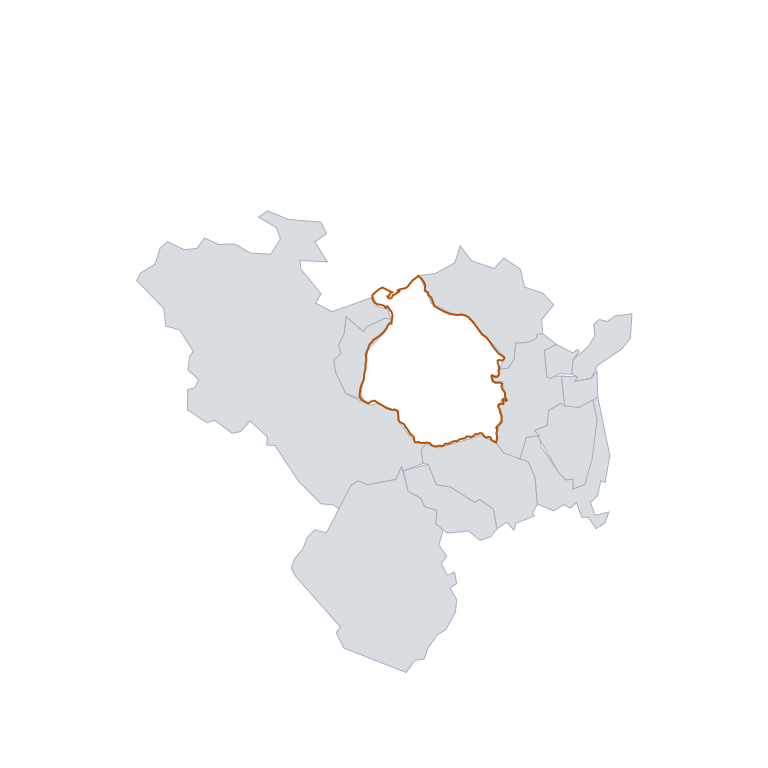 Romania highlighted among its neighbors, rotated 223°
{"feature_id": "ROU", "entity_name": "Romania", "entity_type": "country or territory", "adm_level": 0, "iso_a3": "ROU", "parent_name": "Europe", "parent_adm1": "", "projection": "orthographic", "projection_center": [24.529, 45.967], "detail": "fine", "context": "with_neighbors", "style": "outline", "palette": "amber", "viewbox_px": 768, "rotation_deg": 223, "n_neighbors": 12, "source": "natural_earth", "source_scale": "50m", "svg_char_len": 7906}
<svg xmlns="http://www.w3.org/2000/svg" viewBox="0 0 768 768"><g transform="rotate(223 384 384)"><path d="M558.8,419.5L569.5,425.0L589.5,420.4L587.2,431.2L565.9,439.3L540.5,459.3L528.5,454.8L531.5,440.8L508.6,434.7L529.7,417.2L523.2,411.3L491.6,407.1L489.3,396.5L471.3,401.6L451.1,440.4L441.6,436.1L432.3,441.2L423.0,436.3L428.0,433.0L436.0,413.4L434.3,408.3L457.4,407.3L447.2,393.3L443.6,381.4L436.2,377.1L437.0,367.3L427.9,360.0L405.4,350.9L380.1,358.8L375.4,365.6L354.6,373.1L345.5,366.0L321.2,362.5L312.8,368.5L311.6,360.7L301.1,352.6L310.7,333.7L314.8,335.5L310.2,322.4L327.6,298.7L336.8,295.5L338.9,287.4L330.0,262.2L338.6,261.1L348.4,253.4L380.3,254.6L421.6,264.7L428.1,259.4L433.2,265.8L456.7,265.6L456.6,251.1L461.5,244.4L483.2,241.9L487.0,235.0L510.2,231.1L523.6,245.9L519.9,252.2L522.6,260.9L537.0,260.5L545.2,272.0L545.6,277.7L570.1,284.3L583.2,277.6L596.7,289.1L635.6,291.0L637.6,299.3L633.2,315.6L640.4,330.4L639.3,340.4L621.6,346.0L613.3,355.6L614.9,368.4L600.0,373.3L588.7,384.6L570.7,388.8L555.3,401.8L558.8,419.5Z" fill="#d9dde1" stroke="#a8b0b8" stroke-width="1"/><path d="M330.2,195.2L330.8,207.8L335.4,218.8L335.2,230.2L324.6,236.0L338.9,287.4L336.8,295.5L327.6,298.7L310.2,322.4L314.8,335.5L293.1,322.0L279.4,325.6L270.7,322.2L259.3,327.7L250.5,316.9L242.5,320.3L234.2,303.7L220.6,300.8L219.7,291.7L207.5,287.3L204.0,294.5L194.7,287.5L196.7,279.8L183.5,275.8L176.1,265.6L171.3,246.5L174.0,236.8L171.8,221.0L167.0,210.1L172.9,203.1L171.1,188.1L233.3,163.5L249.4,169.6L250.1,176.6L317.7,183.1L326.3,186.3L330.2,195.2Z" fill="#d9dde1" stroke="#a8b0b8" stroke-width="1"/><path d="M301.1,352.6L311.6,360.7L312.8,368.5L300.7,374.2L278.0,412.6L261.8,417.3L249.4,415.3L225.7,425.6L209.7,418.7L190.0,400.8L187.2,390.7L184.0,390.1L192.4,372.2L189.3,365.6L200.1,366.6L202.7,355.0L218.6,367.0L235.1,364.8L237.1,359.1L265.6,353.8L276.8,345.8L296.9,355.4L301.1,352.6Z" fill="#d9dde1" stroke="#a8b0b8" stroke-width="1"/><path d="M388.3,358.6L405.4,350.9L427.9,360.0L437.0,367.3L436.2,377.1L443.6,381.4L447.2,393.3L457.4,407.3L434.3,408.3L436.0,413.4L428.0,433.0L423.0,436.3L418.8,423.3L419.2,398.3L394.2,361.2L388.3,358.6Z" fill="#d9dde1" stroke="#a8b0b8" stroke-width="1"/><path d="M309.2,473.9L315.0,485.9L369.7,490.0L380.0,482.4L404.2,475.1L432.1,487.4L421.8,499.9L414.9,520.9L422.5,537.0L403.9,533.8L382.2,543.5L382.2,557.9L362.5,560.9L347.2,550.8L329.8,558.7L313.8,557.6L312.6,538.5L302.1,529.0L305.7,525.0L303.5,521.5L307.3,512.4L315.5,503.6L305.6,490.9L304.0,480.3L309.2,473.9Z" fill="#d9dde1" stroke="#a8b0b8" stroke-width="1"/><path d="M271.3,570.5L270.6,578.0L263.3,581.9L261.5,591.2L250.6,604.5L235.1,585.6L234.0,571.8L240.5,543.6L236.3,529.5L246.3,515.9L247.4,521.4L253.2,519.2L262.3,530.4L260.1,550.6L262.6,563.1L271.3,570.5Z" fill="#d9dde1" stroke="#a8b0b8" stroke-width="1"/><path d="M190.0,400.8L209.7,418.7L225.7,425.6L233.6,421.8L243.5,442.0L235.0,452.3L226.2,445.3L195.2,438.2L185.7,437.9L180.7,443.5L174.2,436.1L168.7,447.5L203.5,502.9L221.3,515.3L218.6,520.1L170.1,485.8L155.1,462.7L159.5,461.1L151.6,447.9L152.4,438.2L140.0,432.0L132.3,443.6L127.6,433.2L130.2,422.9L143.9,425.7L148.2,421.4L162.2,428.4L163.0,420.3L170.3,418.2L173.5,406.8L190.0,400.8Z" fill="#d9dde1" stroke="#a8b0b8" stroke-width="1"/><path d="M310.7,333.7L296.9,355.4L276.8,345.8L265.6,353.8L237.1,359.1L235.1,364.8L218.6,367.0L202.7,355.0L201.8,344.9L207.0,335.3L222.1,334.1L236.0,318.1L250.5,316.9L259.3,327.7L270.7,322.2L279.4,325.6L293.1,322.0L310.7,333.7Z" fill="#d9dde1" stroke="#a8b0b8" stroke-width="1"/><path d="M221.3,515.3L203.5,502.9L180.8,471.4L168.7,447.5L174.2,436.1L180.7,443.5L185.7,437.9L195.2,438.2L242.4,452.7L236.4,465.1L245.7,476.8L241.8,490.2L225.5,499.7L221.3,515.3Z" fill="#d9dde1" stroke="#a8b0b8" stroke-width="1"/><path d="M233.6,421.8L249.4,415.3L261.8,417.3L272.0,429.2L273.9,438.5L286.0,445.8L287.1,457.8L298.8,466.5L305.5,460.3L310.5,464.0L305.6,468.7L309.2,473.9L304.0,480.3L305.6,490.9L315.5,503.6L307.3,512.4L303.5,521.5L305.7,525.0L302.1,529.0L284.8,530.6L289.5,518.1L269.9,500.3L257.5,513.0L259.4,510.6L236.8,491.2L241.8,490.2L245.7,476.8L236.4,465.1L242.4,452.7L235.0,452.3L243.5,442.0L233.6,421.8Z" fill="#d9dde1" stroke="#a8b0b8" stroke-width="1"/><path d="M259.4,510.6L247.4,521.4L246.3,515.9L236.3,529.5L237.1,538.8L218.6,520.1L225.5,499.7L236.8,491.2L259.4,510.6Z" fill="#d9dde1" stroke="#a8b0b8" stroke-width="1"/><path d="M263.3,540.9L262.3,530.4L253.2,519.2L262.7,511.2L266.0,501.7L269.9,500.3L289.5,518.1L284.8,530.6L267.2,535.4L266.0,541.3L263.3,540.9Z" fill="#d9dde1" stroke="#a8b0b8" stroke-width="1"/><path d="M422.7,437.5L424.9,440.3L427.7,441.8L434.1,443.2L434.6,442.9L434.7,442.6L434.2,442.2L434.1,441.6L434.4,440.9L435.3,440.9L436.7,441.4L439.4,440.4L443.2,437.8L446.8,437.0L450.2,438.3L452.0,439.8L453.2,441.3L453.0,443.2L452.9,444.4L452.3,449.5L451.8,451.3L450.9,453.5L440.7,456.6L441.3,455.4L440.9,453.3L440.4,451.7L441.3,450.3L438.9,449.9L437.9,450.7L437.2,452.1L438.1,455.2L437.1,457.0L436.7,458.0L436.7,460.3L436.1,461.3L436.0,462.4L437.7,462.0L437.0,464.1L434.1,468.0L433.1,470.4L433.8,479.3L432.7,484.8L432.7,486.4L429.3,486.6L428.3,486.5L425.0,485.9L421.4,484.6L419.2,481.9L417.8,480.0L414.8,481.0L414.2,480.8L413.3,479.9L411.0,479.3L408.2,479.4L401.7,476.0L401.0,475.4L396.1,476.2L388.7,478.2L383.1,480.5L377.3,484.6L374.9,487.6L372.2,489.3L368.2,490.5L361.2,490.1L353.8,488.7L345.9,487.0L341.7,487.9L335.9,487.2L327.3,485.2L320.8,484.5L314.4,485.5L313.4,484.7L313.2,483.7L313.4,482.3L314.4,481.1L315.9,480.3L316.7,479.4L316.8,478.6L315.1,477.1L311.7,475.1L310.2,473.8L309.9,473.5L309.8,472.4L309.1,471.5L307.8,470.8L306.7,469.7L306.0,468.0L306.2,466.4L307.3,465.0L308.7,464.4L310.3,464.6L311.0,464.2L310.8,463.2L309.2,461.8L306.3,460.2L303.2,461.0L300.1,464.2L297.8,464.7L296.5,462.4L294.2,461.0L290.7,460.4L288.6,459.5L287.8,458.2L286.4,457.1L283.1,455.9L283.1,454.9L283.6,454.7L284.8,454.6L286.4,454.5L286.7,453.9L286.7,453.4L285.5,452.7L284.2,452.2L283.6,451.7L283.2,451.2L283.1,450.7L283.5,450.3L284.0,450.3L284.5,450.0L284.9,448.8L285.6,447.8L286.1,447.5L286.1,446.7L285.6,446.0L284.9,445.4L283.9,445.0L280.8,443.8L279.3,442.3L278.3,442.2L276.8,441.3L275.2,440.0L273.8,438.1L272.3,436.9L272.0,436.4L271.9,436.0L272.2,435.5L272.3,434.9L271.9,433.1L272.3,431.3L272.3,429.5L272.3,428.7L272.0,428.5L271.8,428.7L271.4,429.1L271.0,429.1L269.9,427.8L268.6,425.1L267.7,424.2L265.8,422.9L264.3,421.8L263.3,419.6L262.2,417.8L263.0,417.2L267.6,416.4L269.6,417.5L270.6,417.2L271.6,416.5L272.1,415.9L272.2,415.2L272.7,414.4L274.3,414.1L278.3,414.8L280.0,413.7L280.6,413.1L281.0,411.7L281.5,410.6L283.0,410.0L283.0,409.0L282.8,407.9L283.8,405.4L284.3,404.4L285.1,404.1L286.2,403.4L287.9,401.8L287.6,400.4L288.0,399.3L289.8,396.8L291.3,394.4L291.3,393.2L291.5,392.1L292.8,391.0L294.1,389.5L295.9,384.7L296.5,383.9L297.6,383.0L298.4,382.2L298.6,379.0L299.4,378.1L300.9,377.1L302.3,375.5L303.6,373.6L304.5,372.7L305.7,372.5L307.0,371.8L308.4,371.6L309.8,372.0L310.7,371.8L312.0,370.9L315.5,367.4L316.0,366.7L316.7,366.2L319.5,365.0L320.2,363.8L321.2,362.7L322.4,362.8L326.3,365.6L330.6,365.5L331.4,365.6L331.6,365.7L332.1,365.9L337.8,367.3L338.7,367.2L338.9,367.1L341.2,368.2L343.2,368.0L345.1,367.3L347.1,367.0L349.0,367.5L350.4,369.1L354.0,372.4L355.1,373.6L356.8,373.4L358.6,372.8L360.4,370.6L366.1,368.0L370.5,367.3L374.7,366.2L379.6,365.4L381.0,363.3L381.7,361.8L382.2,359.2L384.8,358.4L387.3,357.8L388.2,357.5L390.0,357.3L391.5,357.5L393.7,358.7L395.3,360.3L395.9,361.6L397.3,363.3L398.8,365.8L400.4,369.2L400.8,370.9L401.4,372.7L402.7,374.9L405.0,377.4L405.3,377.8L406.3,379.5L408.4,383.4L410.1,384.9L411.6,386.5L412.3,388.2L413.4,389.7L415.8,391.7L417.8,393.5L419.6,398.8L420.8,401.2L421.6,403.1L421.4,406.9L422.0,408.5L421.2,411.6L419.9,417.7L419.7,422.5L420.1,425.1L420.2,426.7L420.6,427.8L421.2,429.9L421.3,431.8L420.8,432.4L420.0,432.9L419.7,433.3L420.5,434.1L421.6,435.7L422.7,437.5Z" fill="none" stroke="#b45309" stroke-width="2"/></g></svg>